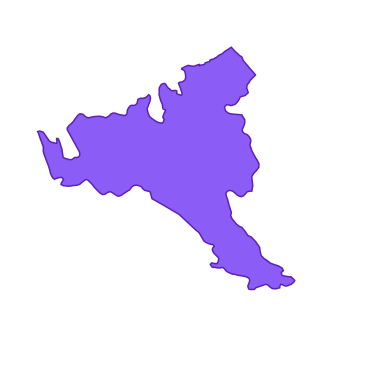 Tatau, Sarawak, Malaysia (Mercator projection), rotated 60°
{"feature_id": "92858781B61228252123101", "entity_name": "Tatau", "entity_type": "district", "adm_level": 2, "iso_a3": "MYS", "parent_name": "Malaysia", "parent_adm1": "Sarawak", "projection": "mercator", "projection_center": [112.968, 2.625], "detail": "fine", "context": "isolated", "style": "filled", "palette": "violet", "viewbox_px": 384, "rotation_deg": 60, "n_neighbors": 0, "source": "geoboundaries", "source_scale": "gbopen_adm2", "svg_char_len": 5550}
<svg xmlns="http://www.w3.org/2000/svg" viewBox="0 0 384 384"><g transform="rotate(60 192 192)"><path d="M68.1,296.4L78.7,298.2L82.5,300.5L85.3,301.2L88.1,301.7L90.8,302.2L94.0,302.7L97.5,303.2L100.6,303.9L103.5,304.7L105.3,305.3L108.0,305.5L110.3,305.5L112.2,304.7L112.5,302.3L113.2,299.3L114.6,297.3L116.9,297.0L118.0,298.9L119.1,301.0L120.1,301.7L122.1,300.3L124.4,297.3L126.0,294.6L126.9,291.9L128.3,289.0L128.9,287.0L129.2,285.3L128.6,282.1L128.2,279.5L128.2,277.3L129.8,276.2L132.9,275.3L135.8,274.6L139.1,274.2L146.6,272.3L149.5,270.7L150.4,268.7L150.2,265.6L150.7,262.7L152.9,261.2L155.0,260.3L157.8,258.8L159.0,257.6L159.4,255.7L159.5,254.2L159.2,252.3L159.2,249.8L159.0,248.5L159.0,246.9L159.0,244.8L158.3,243.3L157.6,242.1L157.2,239.5L157.7,238.0L158.2,236.8L159.1,235.6L162.3,233.1L164.2,233.1L166.9,232.2L169.2,229.7L170.5,228.4L171.7,228.4L177.8,230.0L188.1,223.9L204.9,214.4L227.2,207.6L229.3,206.7L231.2,206.2L236.5,206.2L240.1,206.2L242.2,205.4L245.0,203.5L247.0,201.5L248.4,199.9L250.2,200.1L250.9,202.1L252.0,203.1L253.6,203.6L256.3,203.5L261.3,202.2L262.8,202.0L264.7,203.5L265.6,204.5L266.2,205.5L266.2,206.8L265.2,208.3L263.8,209.7L263.3,210.2L263.8,212.3L265.9,212.3L266.6,212.3L267.9,211.3L268.7,209.9L270.5,207.8L271.8,205.7L272.5,203.4L274.1,202.4L276.3,202.1L278.0,201.7L279.4,201.0L281.2,199.7L283.4,197.9L285.2,195.6L286.9,193.9L289.0,191.5L290.3,189.9L292.2,187.8L293.9,186.5L295.7,185.7L297.8,186.5L299.6,188.5L301.5,190.8L304.3,191.4L305.7,190.1L307.5,186.7L306.9,184.3L307.2,182.5L308.7,174.7L310.1,172.9L313.3,171.9L315.8,170.7L317.8,167.8L318.8,163.9L317.0,162.6L316.3,161.1L318.2,159.7L320.3,158.0L321.0,155.9L321.5,152.3L321.0,148.8L319.9,147.2L315.0,148.6L314.2,149.9L313.3,151.2L309.3,155.8L306.4,155.0L305.8,152.2L303.2,151.9L299.4,154.0L296.7,156.4L293.0,159.6L289.0,161.2L285.5,162.9L281.6,163.9L276.9,162.5L273.6,161.1L266.9,161.7L260.5,163.2L257.8,165.3L252.7,165.7L247.7,166.5L245.1,168.4L241.5,169.7L235.4,170.7L232.0,170.4L229.6,168.2L222.0,166.5L216.1,164.9L212.1,164.1L210.0,163.3L209.0,160.9L209.4,158.6L211.5,156.4L214.5,155.2L217.2,154.4L219.5,153.0L220.7,151.5L221.1,149.3L220.3,146.8L219.4,144.1L220.0,141.9L221.2,139.8L216.9,136.2L208.7,132.7L206.7,129.3L205.9,126.3L204.2,122.0L201.1,119.9L196.7,119.6L194.3,119.8L186.6,119.6L180.1,118.3L178.4,116.5L176.0,114.9L172.7,114.8L169.8,115.6L167.5,117.5L164.8,118.1L162.7,116.9L160.7,114.1L158.5,111.7L155.9,110.2L151.3,110.3L150.2,110.3L148.2,113.0L145.5,116.9L143.6,119.4L141.8,121.1L138.7,122.4L135.3,121.7L134.2,120.4L133.8,118.5L134.4,117.2L136.3,115.6L137.0,114.0L137.6,110.7L136.7,107.5L135.2,104.6L133.7,102.6L135.0,97.8L134.2,93.7L132.2,93.2L129.3,92.6L126.8,90.8L125.8,88.0L124.4,85.7L123.7,83.3L123.1,80.9L122.4,78.5L121.9,78.5L117.1,79.5L110.0,80.8L103.8,81.9L102.1,81.6L101.1,81.4L100.2,81.3L99.3,81.6L98.4,82.2L97.4,82.6L96.3,83.0L95.2,83.2L92.4,84.3L86.3,85.6L86.7,93.5L87.4,96.9L87.5,97.7L87.2,98.2L87.2,98.9L87.1,99.6L87.0,100.5L87.3,101.4L87.3,102.3L87.6,102.9L87.8,103.9L87.5,104.4L87.6,105.6L87.6,106.9L87.4,108.0L86.9,108.6L86.8,109.8L86.9,110.7L87.9,111.8L87.8,112.4L87.3,113.4L87.0,115.2L86.7,116.0L87.4,116.6L87.5,117.2L87.5,117.7L87.5,118.3L87.3,119.1L87.0,119.6L86.7,120.6L86.4,122.4L85.9,122.6L86.0,122.0L85.3,121.7L84.9,122.9L84.4,125.5L84.3,126.7L83.9,127.6L83.2,128.8L82.1,130.1L80.7,131.6L80.3,132.7L79.8,138.2L79.8,138.9L80.0,139.2L80.2,139.4L80.7,139.4L81.3,138.9L81.6,138.6L82.5,138.3L83.2,138.0L85.0,138.2L85.8,138.5L86.9,138.9L87.7,139.2L88.3,139.5L88.9,139.8L89.8,140.4L90.4,140.9L91.1,141.4L91.4,142.0L91.6,142.9L91.7,143.9L91.7,144.8L91.7,145.8L91.2,146.7L90.9,147.5L90.8,148.2L90.7,148.7L90.9,149.2L91.2,149.4L95.7,150.0L101.4,151.2L102.2,151.6L102.5,152.1L102.6,152.7L102.7,153.4L102.5,153.7L101.9,153.8L101.3,154.1L101.1,154.6L100.0,155.7L99.5,155.9L98.7,155.8L98.1,155.2L97.3,154.8L96.7,154.7L96.1,155.1L95.3,156.4L94.7,157.9L94.0,159.1L92.9,159.5L91.4,159.9L90.4,160.5L88.4,160.9L85.4,160.9L84.6,161.3L84.0,161.9L83.8,162.7L83.5,163.9L83.5,164.6L84.0,165.9L85.4,168.2L86.2,168.7L87.3,169.5L89.0,170.3L91.2,171.9L93.1,172.3L94.5,172.8L95.7,173.0L97.0,173.3L98.4,173.6L100.0,173.7L101.4,173.9L104.5,175.3L105.9,175.4L107.8,173.8L109.0,175.4L109.8,176.6L111.0,178.2L112.1,179.4L113.2,180.0L115.3,179.8L117.3,182.3L117.0,184.2L114.6,186.7L112.5,188.0L111.0,188.8L108.2,190.0L105.5,191.0L101.9,190.6L97.3,189.3L96.3,187.8L94.3,185.5L92.6,183.3L91.0,181.8L89.8,180.9L87.6,180.3L86.1,180.8L86.3,181.8L86.9,183.3L86.9,185.3L86.7,186.7L86.0,188.2L85.2,189.4L84.8,191.2L84.8,192.5L86.4,194.1L87.7,195.1L88.1,196.4L88.3,197.6L87.9,199.3L86.8,200.6L86.5,202.3L87.2,204.5L88.7,206.9L91.8,209.2L92.4,211.5L92.0,212.2L88.9,215.9L87.5,217.3L85.4,219.0L84.1,220.9L83.9,223.4L84.5,225.2L84.8,227.9L84.3,230.2L82.9,231.0L81.9,232.1L80.1,234.3L78.4,237.6L77.3,240.3L76.4,243.3L75.8,244.8L74.5,246.0L73.0,246.8L70.2,247.5L69.5,248.3L68.3,249.8L68.3,251.0L68.5,252.6L69.0,253.8L69.8,255.6L70.4,257.2L71.3,258.8L72.0,260.7L72.5,262.5L72.9,265.1L73.6,266.8L74.1,268.0L75.7,268.9L99.7,269.4L101.6,269.6L103.3,270.3L104.3,271.2L104.8,272.5L104.8,274.0L104.0,275.2L103.5,275.9L103.5,277.2L103.8,278.9L103.7,280.2L103.0,281.4L102.1,282.6L101.1,283.5L100.0,284.5L98.9,285.6L98.0,286.0L96.8,286.0L90.0,283.3L87.6,282.8L82.5,281.6L80.7,281.3L79.5,281.2L78.7,281.3L78.0,282.3L78.6,283.0L79.6,283.2L81.1,283.9L82.1,284.7L81.8,285.6L79.7,287.5L79.1,288.4L78.0,289.2L76.7,290.0L75.0,290.2L73.6,290.3L65.8,290.9L64.6,292.0L63.5,292.9L62.9,293.7L62.5,295.5L64.1,295.5L68.1,296.4Z" fill="#8b5cf6" stroke="#5b21b6" stroke-width="1.5"/></g></svg>